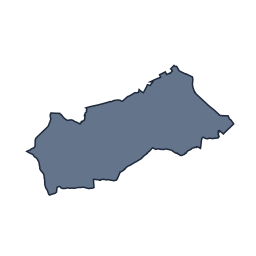 the district of Ciprian Porumbescu, Suceava, Romania, rotated 347°
{"feature_id": "2599482B10276215213878", "entity_name": "Ciprian Porumbescu", "entity_type": "district", "adm_level": 2, "iso_a3": "ROU", "parent_name": "Romania", "parent_adm1": "Suceava", "projection": "mercator", "projection_center": [26.075, 47.579], "detail": "fine", "context": "isolated", "style": "filled", "palette": "slate", "viewbox_px": 256, "rotation_deg": 347, "n_neighbors": 0, "source": "geoboundaries", "source_scale": "gbopen_adm2", "svg_char_len": 5730}
<svg xmlns="http://www.w3.org/2000/svg" viewBox="0 0 256 256"><g transform="rotate(347 128 128)"><path d="M80.4,178.6L81.5,178.3L82.7,170.6L82.9,170.2L83.7,170.4L83.9,170.6L87.0,171.6L88.4,172.2L88.9,172.4L88.8,172.6L89.5,172.8L89.8,172.3L90.1,172.3L90.7,172.1L92.9,172.7L93.8,173.0L95.2,173.7L95.5,173.8L96.2,173.7L96.6,173.7L101.5,175.8L102.1,176.1L102.5,176.2L104.7,176.2L105.2,176.0L105.6,175.7L106.4,174.7L109.4,170.7L110.5,169.1L110.8,169.2L111.1,169.2L111.7,169.0L112.5,168.8L115.4,167.6L115.3,167.2L116.3,166.8L116.7,166.6L117.1,166.3L117.6,166.0L117.9,165.9L118.6,165.4L120.4,164.9L120.8,164.9L121.9,164.7L122.1,164.7L123.3,164.2L125.9,163.4L127.6,162.8L128.3,162.7L128.8,162.6L129.4,162.4L130.8,161.9L131.1,161.8L131.2,161.7L133.1,161.2L134.7,160.4L135.1,160.2L135.6,159.7L136.2,159.4L137.3,158.7L139.0,158.0L139.7,157.6L140.3,157.3L140.8,157.2L140.7,157.0L142.9,155.6L143.1,155.7L144.9,154.6L145.5,154.1L146.5,153.5L147.2,152.9L147.5,152.8L148.6,153.6L148.7,153.8L149.1,154.1L149.6,154.5L149.8,154.8L150.2,155.1L150.6,155.1L151.3,155.0L152.3,155.0L153.2,155.2L153.9,155.6L154.5,156.0L155.4,156.3L156.0,156.3L156.7,156.7L157.3,156.8L157.9,157.0L158.7,157.0L160.1,156.8L160.7,157.1L161.2,157.4L161.4,157.5L163.2,158.3L164.4,158.9L165.0,159.2L165.5,159.5L166.2,160.3L166.5,160.8L167.2,161.4L168.0,162.4L168.5,162.9L169.5,163.5L170.2,163.4L170.3,163.7L170.4,163.9L170.4,164.1L170.5,164.3L170.9,164.5L171.4,165.0L171.8,165.3L172.1,165.6L172.2,165.8L172.4,166.1L172.9,166.4L173.4,166.6L173.8,166.8L174.6,166.8L176.0,166.4L176.6,166.4L176.9,166.4L177.1,166.4L177.3,166.4L177.5,166.1L177.7,165.9L177.8,165.8L177.9,165.5L178.0,165.4L178.6,165.6L178.8,165.6L179.1,165.4L179.6,164.8L179.9,164.7L181.0,163.8L181.6,163.6L182.6,163.4L183.6,163.3L184.0,163.0L184.5,162.9L184.9,162.8L185.3,162.6L185.7,162.3L185.8,162.2L186.3,162.1L186.7,162.0L187.1,162.1L187.4,162.1L187.8,162.2L188.5,162.0L188.9,162.0L189.5,162.1L189.8,162.1L190.1,162.2L190.4,162.3L190.5,162.2L190.5,161.8L190.5,161.7L190.9,161.7L191.3,162.0L191.8,162.3L192.2,162.6L192.4,162.7L192.6,162.7L192.8,162.9L192.9,163.1L193.2,163.3L193.4,163.6L193.6,163.6L193.7,164.0L194.0,164.2L194.7,162.5L196.7,156.8L197.5,155.0L198.0,154.5L198.4,154.2L198.7,154.0L199.2,153.9L199.4,154.1L200.5,155.1L201.1,155.5L201.8,156.0L202.4,156.2L202.8,156.3L203.2,156.4L203.8,156.4L204.0,156.3L204.3,156.2L204.6,156.2L205.0,156.3L205.4,156.4L206.1,156.6L206.7,156.8L207.4,157.2L208.0,157.3L208.5,157.4L209.1,157.5L209.9,157.4L210.5,157.6L211.5,157.7L212.6,157.8L213.4,157.9L213.5,157.5L213.6,157.4L213.9,157.4L214.1,157.5L214.3,157.4L214.5,157.1L214.8,156.8L214.7,156.6L214.5,156.3L214.5,156.2L214.9,155.4L214.7,155.0L214.5,154.8L214.4,154.5L214.3,154.2L214.6,153.6L214.8,153.5L214.9,153.3L214.8,153.2L214.9,152.9L215.3,153.0L215.5,152.9L215.7,152.7L215.6,152.3L215.6,152.0L215.3,151.3L215.3,151.1L215.5,151.1L216.0,151.2L216.2,151.3L216.4,151.2L216.5,151.1L219.6,155.3L221.0,154.3L231.9,147.8L231.6,146.8L231.5,146.4L231.2,146.0L230.9,145.5L230.7,145.0L230.7,144.8L230.6,144.5L230.5,144.0L230.1,143.4L229.3,142.4L228.9,141.8L228.6,140.6L228.3,138.7L228.0,138.6L227.5,138.5L223.1,137.3L221.2,136.7L220.5,136.4L220.3,136.2L218.4,133.4L216.3,130.3L214.3,127.8L212.2,125.1L211.6,124.2L210.9,123.4L210.6,122.9L209.7,121.4L209.0,120.4L208.9,120.3L208.6,119.9L202.3,110.6L201.8,109.6L201.6,109.0L201.4,108.3L201.0,108.4L200.6,104.9L200.4,102.5L200.4,101.5L200.6,99.9L202.0,95.7L202.2,94.2L202.3,92.8L196.7,88.3L196.4,88.4L196.0,88.1L191.6,84.6L190.8,83.7L190.4,83.1L190.4,82.8L190.4,82.5L189.8,80.7L189.6,79.8L189.3,79.3L188.9,78.7L187.9,78.7L186.9,77.4L182.9,80.0L183.8,81.2L183.6,81.5L184.0,82.4L181.3,84.3L181.1,83.9L177.7,84.6L177.0,81.7L170.7,83.2L171.2,85.9L166.5,86.6L160.0,88.0L162.5,88.8L160.4,90.4L159.2,91.5L156.7,90.2L155.1,92.3L151.0,97.0L150.7,96.9L149.0,95.2L148.3,94.3L147.8,93.6L147.5,93.1L146.3,95.7L145.4,95.6L144.2,95.6L143.7,95.6L142.8,95.1L139.1,96.3L135.7,97.3L135.6,97.2L135.2,97.2L134.7,97.3L133.9,97.7L128.8,100.5L128.5,100.6L128.1,100.5L127.6,100.3L127.2,99.9L126.4,99.1L124.7,98.5L123.3,98.3L120.0,98.0L119.7,98.1L118.6,98.5L117.8,98.6L117.1,98.4L116.8,98.2L112.5,98.5L110.2,98.6L107.1,98.7L106.0,98.7L104.3,98.8L98.0,98.7L95.7,98.7L93.9,98.8L91.4,98.9L92.1,99.8L92.1,100.5L91.8,101.0L91.3,101.7L91.4,102.4L91.2,103.0L90.6,103.3L89.6,103.9L89.3,104.6L89.0,104.9L89.1,105.5L89.2,106.1L88.9,106.2L88.6,105.9L88.4,105.9L88.2,106.4L88.4,107.1L88.4,108.5L87.7,109.4L87.5,110.3L85.6,111.1L84.6,111.1L84.3,111.2L84.4,111.9L83.9,112.0L83.6,111.8L83.1,112.6L82.3,113.2L81.6,112.5L81.3,112.7L79.9,111.3L77.6,109.7L76.3,108.4L75.1,107.5L73.9,107.2L72.5,107.1L70.6,106.9L68.7,105.0L67.5,103.2L66.8,101.8L66.0,100.0L64.8,99.0L64.8,98.4L59.2,96.9L56.4,96.0L56.1,96.3L55.4,97.3L55.0,98.2L54.9,99.5L54.8,101.2L54.7,102.1L54.3,102.9L51.4,107.2L50.6,108.3L49.9,108.8L47.0,110.6L44.6,112.0L37.2,116.4L35.7,117.5L35.3,118.1L34.8,119.2L33.4,124.6L32.9,125.4L32.3,125.9L31.0,126.3L29.2,126.6L28.5,126.9L27.7,127.4L27.2,127.6L26.9,127.5L26.3,127.5L25.8,127.6L24.1,128.0L25.8,129.6L28.3,131.6L29.3,132.3L29.6,133.0L30.1,134.4L30.4,134.9L31.0,135.6L31.9,136.4L32.6,138.0L33.5,141.1L33.5,141.7L33.4,143.0L33.4,143.5L33.2,144.6L33.4,145.3L33.3,146.2L32.9,147.8L33.1,148.7L33.2,149.1L33.8,150.6L35.0,152.7L35.4,154.1L35.5,156.2L35.3,157.1L35.1,157.7L35.1,160.0L34.7,161.7L34.4,163.6L34.2,164.5L34.3,165.4L34.3,167.4L34.4,168.1L34.6,168.6L34.9,169.2L35.2,170.0L35.6,172.4L35.7,173.9L35.9,174.8L36.3,175.4L36.5,175.7L39.1,175.4L42.2,175.2L43.9,174.4L45.5,170.0L46.6,169.5L48.4,169.7L49.5,171.6L50.9,172.3L53.3,172.8L55.6,172.7L58.0,173.7L59.4,173.8L62.4,174.7L65.9,174.7L68.7,175.4L71.0,175.5L76.2,178.2L77.8,178.3L79.4,178.6L80.4,178.6Z" fill="#64748b" stroke="#1e293b" stroke-width="1.5"/></g></svg>